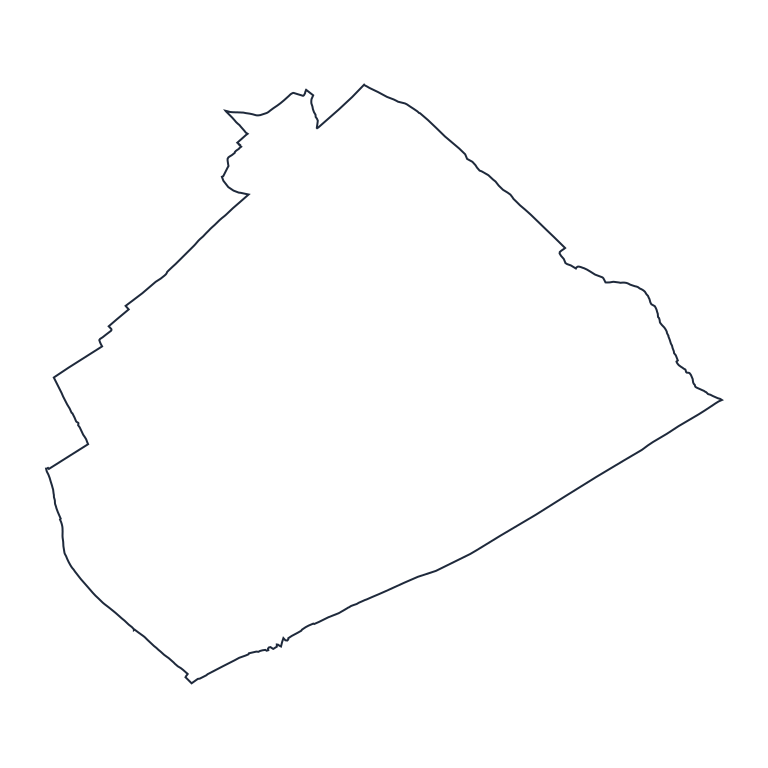 Lozna, Botosani, Romania (Robinson projection)
{"feature_id": "2599482B52450047421135", "entity_name": "Lozna", "entity_type": "district", "adm_level": 2, "iso_a3": "ROU", "parent_name": "Romania", "parent_adm1": "Botosani", "projection": "robinson", "projection_center": [26.277, 47.936], "detail": "fine", "context": "isolated", "style": "outline", "palette": "slate", "viewbox_px": 768, "rotation_deg": 0, "n_neighbors": 0, "source": "geoboundaries", "source_scale": "gbopen_adm2", "svg_char_len": 6017}
<svg xmlns="http://www.w3.org/2000/svg" viewBox="0 0 768 768"><path d="M470.2,554.0L476.5,550.3L500.2,535.8L535.9,514.7L566.1,495.7L596.2,477.0L623.3,460.8L642.0,449.8L647.9,445.4L653.0,442.0L666.7,433.9L678.5,426.2L698.9,414.2L704.6,410.6L712.8,405.2L715.3,403.5L718.7,401.4L721.9,400.0L720.2,398.9L717.8,398.2L712.8,396.0L710.3,394.7L708.1,394.1L707.2,393.2L706.2,392.2L705.4,391.9L704.0,390.9L701.9,390.0L700.4,389.3L697.0,387.8L695.6,387.0L695.1,386.2L694.7,384.7L693.9,384.0L693.2,382.6L692.8,380.2L692.7,379.1L690.9,374.9L689.7,373.3L689.5,373.1L688.7,372.8L686.7,372.6L686.1,372.0L685.5,369.8L685.3,369.5L683.6,368.6L682.6,367.8L681.0,366.8L678.8,365.2L677.7,363.9L676.8,362.5L676.5,361.5L677.8,360.5L677.0,358.4L675.8,355.3L674.1,353.2L673.8,351.2L672.6,348.1L672.0,345.6L670.9,343.6L669.7,339.7L668.7,337.2L668.4,336.4L668.4,335.7L667.6,334.3L666.9,332.8L666.8,331.8L666.2,330.5L665.4,329.1L664.3,327.5L661.9,325.0L660.3,323.0L659.9,322.2L659.7,320.5L659.4,319.2L658.9,317.9L658.1,317.1L657.9,315.7L657.8,313.9L657.1,311.8L656.6,309.9L655.8,308.0L654.8,306.2L652.7,305.0L651.4,304.3L650.4,302.5L649.4,298.9L648.8,297.9L648.0,295.9L646.5,294.3L644.9,291.7L643.4,290.4L641.6,289.3L639.8,288.5L637.9,287.1L636.6,286.6L634.8,286.2L632.1,285.3L630.1,284.6L628.3,283.6L626.7,283.0L625.8,282.8L624.1,282.6L622.7,282.6L620.3,282.8L619.1,282.5L613.6,281.8L612.6,281.9L609.8,282.4L606.4,282.5L605.5,282.4L604.4,280.2L603.4,278.3L602.5,277.4L599.9,276.4L595.1,274.6L590.5,271.7L587.0,269.6L584.0,268.2L583.0,267.9L580.6,267.0L578.9,266.6L577.9,266.6L577.5,266.8L576.5,267.4L575.9,268.5L570.8,265.4L567.1,264.1L565.4,263.0L565.0,261.9L563.8,259.0L561.0,255.8L559.6,253.5L559.8,252.0L561.3,250.7L564.1,248.8L565.1,248.0L553.9,237.0L547.0,230.4L543.8,227.3L530.9,214.8L525.1,209.6L520.0,205.3L516.4,201.7L513.5,198.9L512.4,197.2L510.4,194.6L507.6,192.6L503.0,189.8L498.7,185.6L495.5,181.5L493.1,179.6L488.4,175.2L481.6,171.3L479.6,170.6L477.0,167.6L475.5,165.2L472.4,161.8L467.1,158.9L465.2,154.3L459.2,148.5L445.0,136.5L436.2,127.9L427.9,120.0L420.0,113.2L419.1,113.0L417.4,111.4L413.6,108.8L410.2,106.6L406.8,104.3L404.9,103.4L398.0,101.7L396.6,100.9L393.8,99.5L387.0,96.9L378.1,92.1L369.4,87.9L367.2,86.6L364.5,85.2L364.1,84.7L352.2,97.0L338.9,109.4L318.4,127.4L317.1,128.2L316.8,127.9L317.4,123.9L317.8,120.7L316.9,118.6L315.7,117.0L315.5,114.7L314.0,112.2L312.9,109.1L312.4,106.4L311.4,103.5L311.3,102.3L311.3,100.9L311.5,99.2L313.2,95.3L306.1,89.8L305.9,90.1L305.7,91.2L305.2,92.1L305.1,93.1L304.1,95.0L303.5,95.6L303.0,95.8L297.4,94.1L293.9,93.0L293.1,92.9L291.8,93.5L290.8,94.1L289.9,94.9L288.9,95.9L284.0,100.3L280.5,103.2L277.4,105.5L273.4,108.2L270.3,110.5L268.3,112.1L266.7,113.0L260.3,115.1L258.0,115.4L256.3,115.3L254.8,114.9L252.7,114.3L249.9,113.7L245.8,113.1L243.4,112.6L236.4,112.3L234.9,112.3L232.4,112.2L230.1,112.0L227.6,111.3L225.5,110.8L225.8,111.2L232.2,117.6L234.6,120.3L236.1,122.1L237.8,123.7L239.5,125.1L240.7,126.6L244.3,130.7L245.8,132.6L247.6,133.8L246.0,135.0L237.3,142.7L239.6,144.6L239.2,144.8L241.2,146.7L239.4,148.1L238.7,149.0L237.4,149.8L235.9,150.9L234.9,152.0L234.7,152.9L231.9,155.1L229.6,156.5L228.4,157.4L227.6,158.8L227.6,160.6L228.2,164.6L228.5,166.0L227.5,167.8L223.3,176.1L221.9,176.8L223.4,180.8L228.3,187.1L233.5,190.6L238.7,192.6L240.6,192.8L245.7,193.9L248.6,194.5L240.4,201.7L232.9,208.2L225.6,215.1L224.3,216.2L221.9,218.1L219.6,220.1L214.6,225.0L211.9,227.4L210.3,228.9L208.7,230.6L207.0,232.3L206.0,233.3L204.6,234.8L203.1,236.4L200.0,239.1L198.3,240.8L195.4,244.2L194.1,245.6L175.6,264.0L172.4,266.9L168.9,270.2L167.2,271.9L166.7,273.1L165.9,274.3L164.6,275.5L160.7,278.6L155.7,281.8L143.3,292.4L142.5,293.1L125.6,305.9L128.7,309.4L117.2,319.0L108.7,326.3L111.3,329.0L111.5,329.9L111.0,330.8L105.9,334.7L102.6,337.3L100.1,338.9L99.3,340.1L100.0,342.2L100.8,344.0L102.1,346.4L68.5,367.7L53.8,377.5L61.6,393.0L63.1,396.5L65.6,401.4L67.2,404.5L69.7,408.6L70.9,411.3L71.6,412.8L72.4,413.3L74.6,417.7L76.0,421.1L76.5,421.8L77.7,422.5L78.3,422.9L78.4,423.3L78.4,424.0L78.1,425.1L78.4,425.6L79.7,427.3L82.9,434.1L83.3,434.9L84.7,436.9L86.0,439.0L86.4,439.9L87.1,441.9L88.1,444.2L70.3,455.4L48.9,468.9L48.0,467.9L46.6,468.7L46.1,468.7L46.3,469.6L46.6,470.8L46.9,471.7L48.4,474.6L49.7,478.0L50.7,481.5L52.0,485.6L52.6,487.9L53.1,489.5L53.6,493.6L53.8,494.5L53.9,495.5L53.9,496.5L54.0,497.4L54.4,498.7L54.8,500.2L54.9,501.2L54.9,502.2L55.0,503.3L55.1,504.0L56.0,506.6L56.4,508.2L57.8,512.0L60.7,518.7L60.0,519.5L61.1,522.0L61.8,524.2L62.3,526.4L62.5,528.1L62.6,531.6L62.5,535.8L62.6,537.5L63.2,541.9L63.4,546.1L64.4,552.4L64.7,553.6L66.1,556.2L67.1,558.7L67.9,560.4L68.7,562.1L70.3,565.0L71.4,566.8L72.5,568.3L73.5,569.4L75.0,571.6L78.2,575.7L79.9,577.9L81.1,579.4L88.3,587.6L92.7,592.7L95.5,595.7L98.5,598.5L102.8,602.7L104.6,604.2L108.8,607.4L115.7,613.0L121.8,618.4L124.5,620.6L128.7,624.6L131.9,627.1L133.4,628.7L133.9,629.5L133.9,630.1L134.6,629.6L138.3,632.4L143.7,636.3L144.9,637.3L147.6,640.0L150.6,642.8L154.0,646.0L156.4,647.9L158.4,649.8L160.6,651.6L164.1,654.8L166.7,656.7L168.7,658.1L173.8,662.6L174.8,663.7L176.2,664.9L177.8,666.3L178.8,666.9L180.8,668.1L183.1,669.9L187.7,674.0L186.1,676.1L185.8,676.8L185.5,677.2L191.6,683.3L197.8,678.9L199.8,678.6L206.3,675.3L207.6,674.2L222.8,666.3L234.8,660.2L239.2,657.8L245.7,655.5L248.5,654.3L248.9,653.3L252.4,652.5L256.3,651.6L258.5,651.8L259.9,651.0L262.5,650.3L265.3,649.9L266.6,650.7L268.3,650.2L268.0,648.7L268.8,647.5L270.5,647.1L271.6,647.9L273.2,648.9L273.8,648.6L275.0,647.8L276.8,646.7L276.8,644.5L278.1,644.7L279.4,645.7L281.0,646.5L282.1,642.1L283.4,638.1L285.4,640.3L287.3,640.5L288.2,639.5L288.3,638.2L291.8,635.9L297.8,632.7L301.3,630.7L301.9,629.7L305.6,627.2L308.6,625.6L313.3,623.6L314.2,624.0L318.8,622.0L328.3,617.3L338.7,613.2L347.3,608.2L347.8,607.8L349.4,607.1L350.5,606.3L351.3,605.9L353.7,605.0L356.7,604.0L358.9,602.7L361.9,601.4L365.0,600.0L366.5,599.5L372.4,596.9L378.8,594.2L386.3,590.9L404.3,582.7L417.9,576.8L435.9,570.9L470.2,554.0Z" fill="none" stroke="#1e293b" stroke-width="2"/></svg>